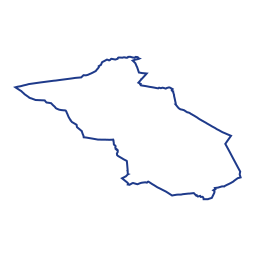 outline of Bērzaines pag., Kocenu, Latvia
{"feature_id": "27541924B68382909431902", "entity_name": "Bērzaines pag.", "entity_type": "district", "adm_level": 2, "iso_a3": "LVA", "parent_name": "Latvia", "parent_adm1": "Kocenu", "projection": "equal_earth", "projection_center": [25.199, 57.625], "detail": "fine", "context": "isolated", "style": "outline", "palette": "blue", "viewbox_px": 256, "rotation_deg": 0, "n_neighbors": 0, "source": "geoboundaries", "source_scale": "gbopen_adm2", "svg_char_len": 5119}
<svg xmlns="http://www.w3.org/2000/svg" viewBox="0 0 256 256"><path d="M130.3,56.8L130.0,56.8L128.1,56.9L127.7,57.5L126.9,57.8L126.1,57.6L125.3,57.6L125.0,57.4L124.1,57.3L123.9,57.3L122.6,57.6L122.4,57.7L121.1,57.6L118.9,57.5L118.6,57.5L118.2,57.7L118.0,57.9L117.9,58.0L117.7,58.7L117.3,58.9L116.7,59.1L116.1,59.3L115.4,59.5L115.1,59.5L112.0,58.9L111.4,58.8L111.1,58.9L110.1,59.9L109.4,60.3L108.9,60.3L108.8,60.2L107.0,59.6L106.9,59.6L104.0,61.2L102.6,61.9L102.2,62.2L102.0,62.3L101.0,64.8L99.9,65.5L99.5,65.7L98.7,66.2L98.9,67.0L98.1,68.2L97.9,68.5L97.0,69.4L95.7,71.1L94.7,71.6L92.6,72.7L90.7,73.6L89.7,74.0L88.2,74.7L87.3,75.0L86.0,75.3L85.9,75.3L85.4,75.3L83.5,75.2L83.4,75.3L81.2,77.4L75.3,77.9L72.0,78.4L69.8,78.7L60.5,79.9L55.4,80.6L53.9,80.7L43.9,82.0L40.8,82.4L36.5,83.0L28.7,84.1L26.7,84.7L23.6,85.4L20.7,86.2L17.7,86.7L15.4,87.3L16.7,88.2L18.3,89.2L19.8,90.2L21.3,91.1L22.4,92.2L23.9,93.5L24.4,94.1L28.1,96.7L29.2,97.5L29.5,97.7L29.5,97.8L30.9,98.3L31.0,98.3L31.4,98.4L31.7,98.5L32.1,98.7L33.4,99.2L34.3,99.5L35.5,100.0L44.7,100.4L45.4,101.3L45.9,101.9L46.5,102.5L48.0,102.7L49.5,102.9L50.0,103.0L50.9,103.2L51.1,103.2L53.0,105.2L54.7,106.7L55.8,108.1L56.0,108.2L56.2,108.4L56.4,108.5L56.6,108.6L59.2,109.7L61.6,110.1L63.6,110.3L64.2,110.3L65.1,110.4L65.4,110.5L65.7,110.6L66.3,111.5L66.7,112.6L67.6,114.5L67.9,115.4L68.2,116.0L68.6,117.0L69.1,117.8L69.5,118.6L70.1,119.4L70.6,120.1L70.5,120.3L70.7,120.6L71.2,121.1L71.9,122.0L76.5,124.7L76.6,124.8L76.8,126.2L76.9,126.8L77.0,127.1L77.4,127.5L78.5,128.4L80.7,130.2L81.3,130.8L81.7,131.0L82.4,133.1L82.9,134.5L83.4,135.5L83.6,136.6L83.7,137.3L85.9,137.5L92.4,138.6L98.0,139.6L105.9,139.7L109.6,139.8L112.0,139.7L113.2,139.6L113.5,140.5L113.4,141.0L113.7,142.1L113.8,143.4L113.8,144.1L114.3,145.0L115.3,145.6L115.6,146.3L115.3,147.6L115.5,148.3L116.8,149.3L116.3,149.5L117.8,150.8L117.7,152.0L117.6,152.3L117.4,152.5L116.9,153.6L117.1,155.1L117.8,155.8L119.6,156.9L122.7,158.7L123.1,159.0L124.6,159.8L126.2,160.6L126.8,161.0L126.9,161.6L127.1,163.8L127.6,169.6L127.6,170.7L127.5,170.8L127.7,171.0L127.7,172.0L127.8,174.1L128.1,174.2L127.9,174.3L126.1,176.1L125.8,176.4L125.1,176.7L124.4,177.1L122.0,178.3L126.4,181.8L126.6,181.9L126.7,182.0L128.2,183.5L127.8,184.5L129.5,184.8L130.4,184.3L132.3,183.2L132.5,183.2L133.0,183.0L135.2,183.6L135.8,183.8L136.2,183.9L137.3,184.2L137.6,184.2L139.8,183.3L141.4,182.8L142.7,182.6L143.6,182.5L145.3,182.3L145.5,182.3L146.0,182.5L146.4,182.6L146.8,182.6L147.0,182.6L147.2,182.3L147.6,181.9L148.2,181.6L148.4,181.7L149.3,182.2L150.7,183.1L152.2,184.1L154.1,185.2L157.4,187.3L160.1,188.6L162.6,189.9L165.8,191.5L168.2,193.0L169.9,194.1L170.2,194.3L171.3,195.0L172.0,195.4L172.1,195.5L173.1,195.3L175.5,194.9L176.8,194.7L177.1,194.7L177.9,194.6L178.7,194.6L180.4,194.6L181.5,194.5L182.3,194.3L182.7,194.2L182.8,194.2L188.3,193.6L189.0,193.6L189.3,193.6L193.7,193.1L193.8,193.1L196.1,195.5L196.7,195.2L197.1,196.0L197.7,196.3L197.9,196.5L200.1,195.9L200.7,196.9L202.4,196.8L203.1,197.3L203.5,198.3L203.6,199.2L207.9,199.2L208.0,199.1L211.8,197.9L214.2,193.0L214.4,192.3L214.5,191.6L214.4,191.0L213.3,190.3L213.6,190.1L214.1,189.7L214.6,189.6L215.4,189.2L214.9,188.0L218.0,187.6L219.7,187.1L222.0,186.4L224.3,186.4L224.4,186.2L225.3,185.7L227.9,184.4L228.0,184.4L230.6,183.1L233.4,181.5L233.8,181.1L234.1,180.8L237.7,178.2L240.6,177.4L239.7,174.5L239.7,174.2L240.2,171.6L237.7,167.0L234.6,161.2L232.3,156.9L231.1,154.6L229.9,152.3L228.6,149.9L227.3,147.5L225.3,143.9L227.3,141.0L231.0,135.8L226.7,134.0L225.6,133.5L222.5,132.2L221.2,131.5L219.1,130.3L216.7,129.1L215.2,128.1L214.3,127.6L214.1,127.5L212.2,126.5L210.2,125.3L206.7,123.3L205.8,122.7L204.3,121.9L203.3,121.3L202.8,121.0L202.1,120.7L201.7,120.4L199.9,119.4L198.3,118.4L197.6,117.8L194.5,115.9L193.5,115.3L193.1,115.1L192.5,114.8L192.1,114.5L191.8,114.3L191.1,114.0L190.2,113.4L190.0,113.2L189.3,112.8L188.9,112.7L188.5,112.5L187.8,112.4L187.2,112.3L186.7,111.9L186.2,111.6L185.7,111.4L185.4,111.1L185.1,110.9L184.0,110.2L182.3,109.7L180.4,109.3L178.7,108.2L177.4,106.7L177.2,106.4L175.8,104.7L176.0,104.7L175.7,103.5L175.6,102.8L175.4,102.0L174.9,99.5L174.3,96.9L174.1,96.2L174.0,95.6L174.0,95.4L174.1,95.1L173.5,93.3L173.2,91.8L173.0,91.7L173.1,91.3L172.5,91.1L172.2,90.9L172.1,90.7L171.9,90.4L171.7,90.1L172.6,89.1L171.4,88.4L170.6,88.0L169.9,87.6L169.0,87.4L167.9,87.7L166.8,88.0L166.0,88.5L165.8,88.6L164.8,88.3L163.5,87.9L162.5,87.7L161.4,88.0L160.9,88.2L159.1,87.7L159.0,87.8L158.4,88.2L158.3,88.3L158.2,88.3L157.2,88.2L154.7,87.7L153.1,87.4L151.3,87.1L150.0,86.9L149.8,86.9L148.3,86.6L146.8,86.3L145.7,86.1L143.8,85.8L143.0,85.7L141.3,85.4L140.9,85.3L140.9,85.1L140.5,84.7L140.3,84.5L140.6,84.1L140.7,83.9L138.4,82.7L139.9,81.0L141.2,79.5L141.2,79.4L141.3,79.4L144.0,76.5L145.1,75.3L145.4,75.0L146.7,73.5L143.5,73.2L142.3,73.1L138.9,72.5L138.0,69.8L137.1,67.1L136.6,66.2L135.4,63.3L134.1,61.9L132.7,60.6L134.0,60.1L135.0,59.7L137.8,59.1L139.1,58.7L139.3,58.6L139.0,58.5L138.6,58.2L138.3,58.0L138.1,57.6L138.0,57.4L137.5,57.1L135.7,56.9L135.1,57.3L134.4,57.7L132.7,57.5L132.1,57.3L130.5,56.9L130.3,56.8Z" fill="none" stroke="#1e3a8a" stroke-width="2"/></svg>